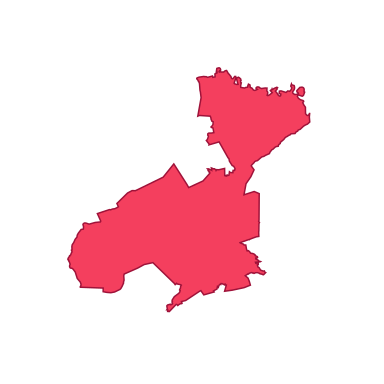 the district of Tlaltizapán de Zapata, Morelos, Mexico, rotated 250°
{"feature_id": "50627088B49217098257647", "entity_name": "Tlaltizapán de Zapata", "entity_type": "district", "adm_level": 2, "iso_a3": "MEX", "parent_name": "Mexico", "parent_adm1": "Morelos", "projection": "orthographic", "projection_center": [-99.108, 18.704], "detail": "fine", "context": "isolated", "style": "filled", "palette": "rose", "viewbox_px": 384, "rotation_deg": 250, "n_neighbors": 0, "source": "geoboundaries", "source_scale": "gbopen_adm2", "svg_char_len": 6020}
<svg xmlns="http://www.w3.org/2000/svg" viewBox="0 0 384 384"><g transform="rotate(250 192 192)"><path d="M206.9,117.5L203.3,117.8L202.9,115.9L202.7,113.7L203.2,111.4L203.1,109.4L203.6,108.7L203.7,108.0L204.1,95.7L195.9,96.3L195.2,95.7L196.5,90.6L197.0,84.3L198.8,82.1L199.6,80.7L199.5,79.2L198.7,78.4L196.4,78.2L194.3,77.2L194.7,75.0L192.2,71.1L190.7,69.4L189.0,68.5L187.5,66.0L185.0,63.6L183.4,61.4L181.9,60.5L178.8,59.5L178.6,58.8L177.3,58.9L176.5,58.5L175.8,57.6L174.3,56.4L174.0,55.2L173.6,55.2L172.6,53.5L171.4,52.4L170.9,52.7L170.6,52.4L169.2,52.8L168.8,52.6L168.5,52.8L165.8,52.8L164.9,51.9L164.0,51.7L163.7,51.4L162.5,51.5L162.0,51.9L161.3,53.2L160.1,53.9L156.7,54.9L150.0,54.6L145.6,56.2L143.4,56.2L141.9,55.5L141.4,54.7L140.7,54.5L132.1,75.7L128.7,74.4L126.8,77.6L125.1,81.3L124.5,85.1L125.1,91.0L125.6,92.1L127.2,94.0L129.9,96.6L130.6,96.7L132.4,98.0L136.6,99.2L138.1,100.2L139.1,115.0L140.2,122.3L139.0,131.1L112.2,144.1L110.0,144.7L111.1,144.5L111.2,145.4L111.0,146.1L111.3,146.4L110.6,146.7L108.7,149.7L108.1,150.1L107.4,149.2L105.4,148.1L105.1,147.6L104.2,146.8L103.4,147.2L102.1,146.2L101.3,144.9L99.7,139.6L97.5,136.7L96.9,136.2L95.8,136.1L95.8,135.8L94.9,135.5L93.6,135.5L93.2,134.3L93.4,133.4L93.8,133.5L94.0,133.1L94.2,130.4L93.6,129.4L90.5,128.8L89.9,128.0L89.5,128.9L88.9,128.8L88.1,128.3L87.4,129.8L91.8,138.7L91.3,139.4L90.2,139.8L90.7,141.2L91.0,143.3L90.6,144.1L90.8,144.6L91.2,144.6L92.7,144.6L92.2,148.9L96.1,165.0L96.3,166.6L91.3,167.9L90.5,178.6L91.7,178.4L92.3,182.3L94.5,183.6L93.4,184.1L95.1,185.5L95.7,186.9L95.2,187.4L96.0,188.0L95.6,189.0L95.0,189.4L94.3,190.4L94.1,191.4L93.5,190.9L92.8,192.4L87.6,188.7L86.0,196.1L84.3,208.3L84.5,215.0L88.5,215.3L92.0,215.2L95.1,213.4L95.8,216.0L95.6,216.0L95.6,217.2L95.9,217.5L96.0,218.0L96.0,220.1L95.8,220.7L95.2,221.0L95.1,221.8L94.3,222.4L94.4,224.3L93.8,226.0L92.7,227.4L92.0,227.8L90.7,229.8L89.9,230.5L89.8,231.0L91.0,233.5L91.2,233.2L93.1,233.0L93.3,231.9L95.2,229.7L97.9,229.2L99.0,228.3L101.3,228.5L101.2,229.5L102.8,230.0L103.2,227.6L104.3,227.6L103.1,232.2L103.2,232.6L104.1,231.3L105.4,230.8L107.3,229.0L108.2,229.3L107.8,230.7L108.1,231.3L108.9,231.3L110.6,229.6L111.0,229.9L112.1,229.4L113.4,228.1L114.5,226.1L116.3,225.7L117.6,224.9L117.8,223.7L119.8,223.7L123.8,224.4L124.4,222.8L125.4,222.5L127.6,219.9L128.0,219.8L127.9,228.9L127.6,229.5L127.8,229.7L127.9,232.6L127.9,237.1L127.4,239.6L132.2,241.2L132.3,241.4L139.4,244.1L140.3,245.0L141.7,244.6L142.5,245.3L167.5,254.6L171.2,250.6L171.6,239.9L181.3,245.6L186.2,252.5L191.6,257.9L196.3,256.6L197.1,257.6L198.4,260.4L199.1,261.3L199.3,262.3L199.1,264.3L201.1,269.5L200.9,271.8L201.3,273.6L201.6,277.9L202.6,278.7L204.4,281.5L204.5,282.7L205.7,285.4L205.9,286.4L205.5,288.7L206.8,289.6L207.4,291.5L208.4,292.0L210.0,296.3L211.0,297.7L211.5,299.0L211.7,300.9L212.1,301.9L212.2,304.0L212.7,304.5L212.7,305.5L211.7,308.8L212.8,310.3L213.1,312.2L213.9,313.0L213.9,315.1L215.7,319.3L216.2,321.6L216.3,323.7L217.5,326.6L222.3,327.9L225.5,329.4L225.6,329.2L224.5,328.1L224.3,327.0L224.6,326.4L225.2,326.0L226.8,325.5L232.9,327.6L235.4,326.9L238.0,326.6L238.3,326.8L238.7,327.8L239.2,328.0L239.9,327.7L241.6,325.5L242.7,324.7L243.8,324.0L245.9,323.7L246.9,324.7L246.6,325.4L244.3,328.3L244.6,329.7L247.3,332.0L247.8,331.6L250.4,332.6L251.5,332.5L252.0,332.3L252.9,331.3L253.4,329.1L251.5,325.4L251.1,325.0L250.1,324.9L248.8,325.7L248.1,325.6L247.9,324.3L248.4,322.0L250.0,320.7L250.9,320.6L251.8,321.0L253.3,323.1L254.6,324.0L256.3,324.4L257.1,324.4L258.6,322.4L259.5,322.4L258.0,321.2L257.6,321.0L255.9,321.4L254.4,320.4L253.2,318.2L254.2,316.6L253.4,314.4L256.6,310.2L256.9,308.6L254.7,307.6L253.7,309.0L252.2,308.2L252.0,307.5L252.3,306.9L254.2,305.9L256.0,305.7L258.3,304.8L259.4,307.0L260.1,307.1L260.7,308.1L261.4,307.6L261.3,305.0L260.8,302.4L261.4,302.4L260.7,301.8L260.8,300.9L260.5,300.3L257.9,301.4L256.8,298.2L256.6,296.3L257.1,295.7L259.2,297.1L260.0,297.3L261.4,296.9L264.0,298.0L264.7,296.3L265.5,292.6L266.8,291.2L267.6,290.9L268.0,290.3L268.4,289.2L268.3,288.4L267.9,287.8L267.3,287.6L266.1,288.5L265.9,286.2L266.1,285.5L266.8,284.6L269.1,283.9L270.4,282.5L272.7,283.1L273.3,282.8L273.6,281.9L273.9,281.8L272.5,280.6L271.7,280.5L271.5,279.8L271.9,278.3L271.7,277.0L273.6,273.6L275.1,274.0L277.7,275.6L277.9,275.2L280.1,275.7L280.1,276.2L281.6,276.4L283.1,275.6L284.0,274.9L283.9,272.6L277.4,272.1L277.8,270.8L279.0,269.2L279.6,268.8L280.4,269.2L284.2,272.3L285.6,272.6L286.0,271.7L284.6,269.5L284.5,268.9L284.9,268.3L285.9,268.0L287.3,268.1L288.4,267.6L289.8,267.3L290.7,266.7L294.3,266.1L294.5,265.8L294.5,264.2L293.9,262.8L294.7,260.6L295.1,260.2L295.3,258.7L295.8,258.6L296.5,259.4L296.1,259.8L296.8,260.7L298.3,260.8L299.2,260.3L299.5,259.7L299.7,257.8L299.5,257.5L296.7,256.0L296.7,256.6L295.4,256.3L295.1,253.9L292.3,253.1L292.6,250.8L294.0,250.9L294.4,245.9L295.6,244.7L296.0,243.4L296.5,242.8L297.5,238.0L297.5,236.3L297.3,235.4L296.7,235.2L295.1,235.8L293.4,235.9L293.1,236.2L291.3,236.1L284.9,234.3L283.1,234.1L277.5,232.8L261.3,223.4L261.4,225.1L257.0,235.1L254.9,235.1L254.2,234.8L251.7,234.9L250.8,235.9L248.4,234.9L247.4,233.8L246.6,232.1L246.1,232.2L245.0,233.6L240.3,232.8L240.8,230.1L241.6,227.9L241.4,226.9L240.1,226.2L239.2,226.5L238.4,226.3L236.0,224.3L235.5,223.1L231.1,224.5L230.5,224.1L229.8,234.6L211.7,237.6L210.8,238.1L208.1,237.7L203.1,238.8L201.9,240.0L199.5,240.4L199.0,240.4L198.4,239.8L198.0,239.7L197.7,239.2L198.3,238.1L197.8,237.7L196.2,237.0L197.2,234.7L198.2,234.1L195.2,232.5L195.2,231.2L196.0,230.9L196.0,230.6L195.5,230.3L195.2,229.6L195.5,229.2L196.2,229.0L196.3,228.4L203.0,230.7L203.7,225.1L204.0,224.0L204.6,222.9L204.0,222.0L204.7,222.0L206.1,221.1L206.5,220.2L206.5,219.7L207.1,219.1L207.3,219.2L208.0,218.4L205.7,217.9L206.2,217.5L206.7,216.6L208.0,215.7L208.4,214.5L207.1,215.0L206.6,214.4L204.7,215.4L204.4,215.4L204.3,214.9L203.4,215.0L198.6,206.1L197.3,190.4L200.9,189.8L224.6,184.5L215.8,170.0L212.8,141.7L212.6,139.2L213.8,136.2L213.1,131.1L206.9,117.5Z" fill="#f43f5e" stroke="#9f1239" stroke-width="1.5"/></g></svg>